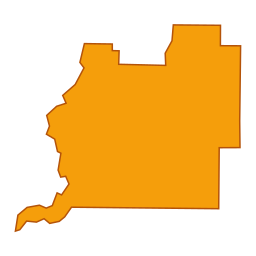 the district of Washington, Florida, United States of America
{"feature_id": "52423323B12905112958239", "entity_name": "Washington", "entity_type": "district", "adm_level": 2, "iso_a3": "USA", "parent_name": "United States of America", "parent_adm1": "Florida", "projection": "orthographic", "projection_center": [-85.799, 30.61], "detail": "fine", "context": "isolated", "style": "filled", "palette": "amber", "viewbox_px": 256, "rotation_deg": 0, "n_neighbors": 0, "source": "geoboundaries", "source_scale": "gbopen_adm2", "svg_char_len": 679}
<svg xmlns="http://www.w3.org/2000/svg" viewBox="0 0 256 256"><path d="M75.2,84.5L62.7,95.4L66.1,103.2L56.6,106.3L46.7,115.4L49.5,126.1L46.4,134.2L54.7,139.1L57.5,151.5L60.9,153.2L58.1,170.1L60.7,177.1L65.7,176.3L69.0,184.0L61.6,194.9L57.1,192.9L52.3,205.6L46.2,208.1L39.4,205.2L27.1,207.4L17.9,215.1L15.4,231.1L19.8,229.7L26.6,221.1L36.5,222.1L44.1,218.7L49.7,223.4L59.2,221.4L64.7,216.9L71.5,207.2L218.7,208.7L219.2,147.7L240.0,147.6L239.7,120.9L240.6,45.8L220.4,45.7L220.5,25.3L173.3,24.9L172.0,40.8L165.2,53.2L165.7,65.4L118.7,64.3L119.1,50.8L112.3,50.6L112.3,44.0L97.0,43.8L84.4,43.6L79.9,62.4L84.0,67.9L75.2,84.5Z" fill="#f59e0b" stroke="#b45309" stroke-width="1.5"/></svg>